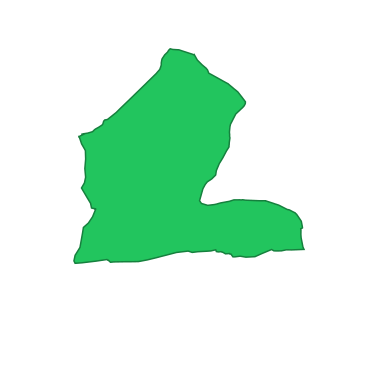 Al Quoz, South Kordufan, Sudan, rotated 30°
{"feature_id": "16777658B4110492233788", "entity_name": "Al Quoz", "entity_type": "district", "adm_level": 2, "iso_a3": "SDN", "parent_name": "Sudan", "parent_adm1": "South Kordufan", "projection": "equal_earth", "projection_center": [29.964, 12.456], "detail": "fine", "context": "isolated", "style": "filled", "palette": "green", "viewbox_px": 384, "rotation_deg": 30, "n_neighbors": 0, "source": "geoboundaries", "source_scale": "gbopen_adm2", "svg_char_len": 3062}
<svg xmlns="http://www.w3.org/2000/svg" viewBox="0 0 384 384"><g transform="rotate(30 192 192)"><path d="M67.3,197.3L68.9,196.8L66.5,200.4L66.3,200.5L66.8,201.0L67.0,200.8L72.3,205.5L77.8,208.7L79.0,209.5L83.4,216.6L87.5,225.3L92.5,232.4L94.3,237.9L94.3,243.8L104.2,249.4L109.8,252.5L112.9,256.0L113.0,256.1L114.1,255.8L116.5,254.9L116.5,255.4L117.2,255.2L117.3,256.0L118.3,263.2L117.8,270.7L115.7,277.0L116.7,279.6L117.7,282.2L122.7,296.0L122.5,303.3L122.4,305.2L124.2,310.7L126.4,312.2L132.0,308.4L143.5,299.8L152.1,293.0L153.0,293.2L153.4,292.9L155.7,293.4L156.5,293.6L159.3,291.6L163.8,288.9L168.8,285.9L170.3,285.0L170.5,284.9L172.6,283.7L177.3,280.9L180.1,279.2L180.3,279.1L182.3,277.4L187.4,273.0L194.3,266.4L195.5,265.2L197.2,263.5L201.0,259.8L208.8,252.1L218.2,245.1L222.4,244.2L226.9,240.8L234.4,235.9L237.8,233.6L240.6,231.0L241.4,230.2L242.9,231.4L244.8,230.7L247.1,229.1L248.1,229.1L248.5,228.8L251.9,228.8L255.3,226.5L255.9,226.8L256.7,226.3L259.9,227.7L261.6,226.7L265.8,223.5L271.2,221.5L278.9,216.5L283.2,210.5L289.7,202.0L290.9,202.0L292.4,202.0L292.9,201.7L294.6,200.8L298.8,198.3L302.6,194.9L307.1,192.4L317.7,185.7L315.6,184.2L309.4,177.1L307.5,174.3L305.5,170.7L305.0,170.1L304.5,169.4L304.7,169.2L305.2,168.7L305.6,167.8L305.3,167.4L304.5,166.4L301.3,162.7L298.7,161.4L293.5,158.9L292.7,158.9L291.8,158.5L288.7,158.7L285.4,158.8L284.0,159.2L283.4,159.5L281.4,159.6L273.7,160.0L270.8,160.6L270.7,160.7L269.4,160.9L267.4,161.3L261.2,162.6L260.5,162.9L260.2,162.7L255.1,165.7L242.5,172.3L239.7,173.4L238.6,174.3L237.3,174.9L232.2,177.9L229.0,181.4L222.4,187.0L220.8,188.6L219.3,190.2L217.5,191.8L212.3,195.7L205.9,197.2L202.9,195.8L199.9,184.1L199.8,183.7L199.8,183.3L199.7,178.8L199.9,177.4L200.2,175.5L202.6,170.7L204.0,165.5L203.9,165.2L202.4,161.4L202.3,160.7L202.2,160.0L201.4,153.6L201.5,151.2L201.6,147.0L201.3,138.9L201.4,137.6L201.5,134.4L201.4,134.3L200.7,133.1L200.7,132.8L199.5,130.4L199.4,130.2L198.9,128.9L197.8,126.2L196.6,124.8L196.3,124.2L196.0,123.6L194.5,121.5L194.4,121.3L192.4,116.9L192.1,116.2L191.4,113.8L191.4,113.4L191.4,112.4L191.2,108.8L190.9,102.6L192.0,98.9L192.1,98.7L192.7,96.6L192.8,96.2L193.6,93.7L194.1,91.3L194.0,89.4L194.0,88.9L193.2,87.2L191.6,86.5L188.5,85.2L188.3,85.1L181.6,82.4L176.0,81.5L175.2,81.3L172.1,80.8L169.9,80.4L169.0,80.2L167.7,80.3L162.7,80.4L150.1,80.6L148.0,80.7L147.1,80.7L145.6,79.5L144.5,78.6L142.2,77.7L140.3,77.4L140.0,77.3L139.1,77.2L137.7,76.9L137.0,76.8L131.5,75.3L131.0,75.2L130.5,75.0L129.5,74.4L129.3,74.3L125.1,71.8L124.8,72.4L123.8,72.4L113.1,74.7L109.6,75.4L104.2,78.1L103.3,78.4L101.5,78.9L100.9,81.0L100.9,83.0L99.8,86.9L99.6,90.2L99.5,91.4L99.9,93.1L100.1,93.6L100.8,95.5L101.9,97.4L102.0,97.9L102.3,99.2L102.8,102.0L102.2,105.0L101.9,106.6L101.9,106.9L98.3,119.7L98.2,120.1L97.8,121.6L93.8,135.7L91.3,144.5L88.2,155.2L86.6,161.1L82.5,171.5L80.4,173.3L80.1,174.9L80.8,177.5L80.7,178.3L80.6,179.1L78.8,182.6L77.0,185.6L76.4,186.9L76.2,187.8L75.7,189.5L72.3,193.1L70.2,194.8L68.8,195.9L68.6,196.2L67.3,197.3Z" fill="#22c55e" stroke="#15803d" stroke-width="1.5"/></g></svg>